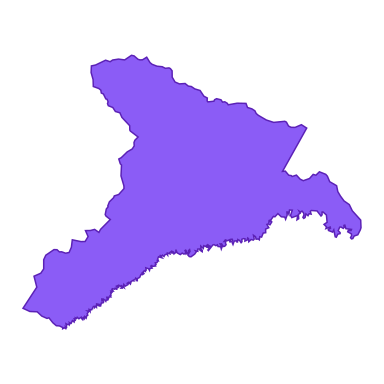 outline of Mariscal Ramon Castilla, Loreto, Peru
{"feature_id": "86281439B43857057528938", "entity_name": "Mariscal Ramon Castilla", "entity_type": "district", "adm_level": 2, "iso_a3": "PER", "parent_name": "Peru", "parent_adm1": "Loreto", "projection": "robinson", "projection_center": [-71.702, -3.973], "detail": "fine", "context": "isolated", "style": "filled", "palette": "violet", "viewbox_px": 384, "rotation_deg": 0, "n_neighbors": 0, "source": "geoboundaries", "source_scale": "gbopen_adm2", "svg_char_len": 6001}
<svg xmlns="http://www.w3.org/2000/svg" viewBox="0 0 384 384"><path d="M306.7,128.1L301.4,124.7L295.1,127.4L291.0,127.3L288.5,126.0L286.4,122.1L284.8,121.3L273.7,122.4L266.3,120.0L258.3,115.3L256.2,113.5L254.9,110.8L251.8,108.8L247.5,107.5L246.0,103.4L237.1,103.2L228.2,104.8L227.3,103.3L224.8,101.8L222.5,102.1L221.0,99.8L216.6,98.7L214.6,99.7L213.9,101.2L207.9,101.9L207.1,100.9L207.3,98.0L203.9,96.2L200.1,90.5L194.8,88.9L191.3,86.5L188.3,86.1L185.1,83.5L179.4,83.9L175.0,82.0L172.2,77.2L172.1,70.8L170.4,68.6L169.0,67.9L165.3,68.3L162.2,66.7L157.0,66.2L152.1,64.3L150.0,62.6L146.7,57.2L142.5,59.8L140.0,59.9L138.0,59.3L134.1,55.9L131.5,55.3L124.7,59.9L118.5,59.1L112.7,60.0L110.1,61.7L105.6,60.2L95.6,65.0L91.4,65.9L91.1,72.5L93.1,79.6L93.3,86.5L98.8,88.5L100.8,90.1L101.3,93.0L103.4,94.0L105.8,98.9L107.1,99.3L108.1,101.9L107.5,103.6L108.3,105.7L112.8,107.5L115.4,111.5L119.9,112.8L121.9,117.4L129.7,125.7L129.8,130.0L130.4,131.1L138.1,137.0L134.9,140.2L134.0,142.5L134.2,145.9L132.2,149.0L127.3,151.8L121.2,157.7L118.8,159.0L120.3,163.8L121.5,165.0L121.0,175.9L123.9,185.8L124.0,188.6L118.7,194.5L114.3,195.9L113.6,197.7L109.4,201.8L107.8,205.9L108.1,206.8L106.3,209.0L105.2,214.6L106.0,216.1L110.3,219.5L100.6,229.3L98.9,232.4L94.6,229.4L90.4,230.5L85.5,230.6L88.1,236.6L85.1,241.5L81.0,241.6L72.3,239.8L71.4,247.2L69.1,252.5L65.6,253.2L61.7,251.8L59.4,251.9L57.0,249.7L54.0,249.6L45.8,255.2L43.7,259.7L43.7,268.9L40.8,273.2L34.0,276.2L36.8,287.2L23.0,308.3L29.9,311.5L37.2,311.8L41.8,316.1L47.0,318.4L48.9,317.8L52.9,322.8L56.3,325.7L59.4,325.9L62.8,327.6L62.7,328.7L64.4,327.8L65.5,328.5L65.4,327.1L66.2,328.0L66.6,327.4L66.0,323.7L67.8,324.7L68.9,324.0L69.3,324.9L70.0,323.6L69.5,322.6L71.2,323.3L72.4,320.6L74.1,322.0L74.3,320.5L75.1,320.4L74.3,318.8L75.5,318.9L75.3,317.8L76.6,318.4L77.2,317.3L78.9,318.8L81.2,317.2L81.7,318.6L82.5,318.1L82.6,319.1L84.1,317.0L84.2,319.1L85.5,317.6L85.5,316.2L86.3,317.7L86.7,315.9L87.8,315.2L87.2,313.6L88.6,311.8L87.5,311.0L88.7,311.1L89.0,309.7L90.1,311.4L90.1,309.6L91.7,309.8L93.4,306.5L94.9,306.3L94.7,307.5L95.9,306.3L96.5,307.1L96.6,303.9L98.2,304.2L98.0,305.3L99.1,305.9L100.0,303.9L100.0,305.9L100.6,306.0L101.4,302.9L103.0,302.9L103.7,301.9L102.5,300.4L101.9,300.7L101.8,299.0L103.4,299.1L103.4,300.1L104.6,299.8L105.8,301.3L106.1,300.2L107.5,300.0L106.8,297.3L107.7,297.3L108.4,298.7L109.1,297.0L110.9,296.9L110.1,295.6L111.0,295.2L110.7,294.2L111.5,292.8L110.1,292.4L111.9,292.1L111.1,291.1L113.2,291.1L111.9,289.4L112.3,288.7L114.7,289.2L115.4,287.6L115.3,288.9L116.7,288.6L116.7,289.9L117.3,287.1L116.4,286.2L118.2,285.4L117.9,286.7L118.6,287.3L119.1,285.5L121.0,286.5L121.4,285.0L121.7,287.1L121.0,288.1L122.4,288.1L122.9,286.8L123.9,287.5L123.3,286.2L123.8,284.4L125.1,286.2L128.0,284.6L128.3,283.7L127.3,283.2L128.6,282.3L130.4,284.1L130.9,282.6L130.3,282.1L132.5,280.7L133.8,280.9L133.5,280.1L135.0,279.5L135.7,278.1L137.0,279.4L136.4,280.6L137.3,280.7L137.3,278.6L139.7,277.4L140.9,274.5L142.2,274.6L141.9,273.1L142.9,272.4L143.4,274.0L144.0,273.6L143.1,272.0L144.2,270.8L145.4,271.4L145.4,270.3L146.2,270.1L145.8,267.8L148.5,268.7L149.5,270.4L149.9,268.5L152.1,268.1L150.8,266.1L151.8,265.5L152.5,266.4L155.6,266.0L155.2,265.0L156.0,264.5L155.3,262.8L156.9,262.6L157.6,261.6L157.3,260.6L158.4,260.8L157.7,258.9L158.5,256.8L162.0,257.8L159.7,255.2L161.9,256.0L162.5,255.2L164.0,256.5L164.9,254.8L166.7,254.0L167.6,255.1L167.4,253.0L170.0,253.9L169.6,252.6L171.3,251.5L171.5,252.9L172.4,253.0L172.2,251.4L173.6,252.1L174.0,253.9L175.9,252.4L175.8,249.6L177.2,252.9L180.3,254.6L182.2,253.1L183.9,254.1L185.3,253.5L185.7,252.0L185.0,250.5L185.7,250.1L186.5,251.2L186.3,253.8L188.7,252.1L188.5,250.6L189.6,249.6L190.0,251.4L187.8,254.9L189.3,256.6L191.0,256.8L194.7,254.1L196.3,251.8L195.5,250.8L197.8,251.3L197.7,249.1L199.7,248.9L199.9,250.1L202.2,251.7L202.3,250.4L200.9,248.5L200.8,246.1L203.3,248.4L203.8,245.7L205.5,246.4L206.6,245.5L206.6,247.1L207.9,247.5L208.1,245.0L209.5,246.1L210.6,245.9L208.6,247.2L209.1,249.5L207.9,250.0L208.4,250.6L212.8,245.0L214.0,244.6L215.9,245.7L217.4,244.8L218.0,246.5L220.7,246.8L221.3,249.0L222.0,247.0L220.1,243.9L221.6,243.8L223.3,246.5L224.7,246.3L226.1,244.7L225.4,242.8L226.1,241.1L224.2,241.4L225.3,239.9L227.7,240.7L229.3,239.8L230.1,242.5L230.8,239.3L232.2,239.2L232.6,240.2L231.8,241.7L233.0,244.5L234.2,241.1L236.7,240.8L236.9,242.0L237.5,242.0L237.8,239.5L239.6,240.5L241.1,242.7L242.0,241.7L241.8,239.3L243.6,238.6L245.0,238.8L244.9,241.1L247.1,240.1L247.7,238.0L248.5,238.6L248.8,241.7L251.1,239.5L253.3,240.1L254.2,239.1L253.5,235.3L255.5,236.7L256.1,239.2L258.3,239.0L259.3,239.8L259.8,236.7L261.6,237.1L263.2,233.1L265.7,232.7L265.6,229.1L268.8,227.7L266.9,224.4L268.3,223.9L270.0,224.8L271.8,221.9L270.8,220.7L268.9,222.1L269.1,220.5L270.9,219.9L273.4,216.4L274.9,216.8L277.9,213.6L281.3,216.8L284.8,217.1L285.6,219.3L287.2,215.0L286.9,212.0L287.9,212.0L288.9,214.3L289.5,210.0L292.3,210.2L290.5,215.4L291.8,217.6L297.7,215.5L297.0,219.8L298.7,218.7L298.4,214.4L300.2,213.2L299.1,211.1L300.7,212.1L302.0,211.1L303.5,212.8L304.0,214.8L302.9,217.4L303.8,218.4L305.1,217.5L305.9,213.9L308.0,215.7L309.1,213.7L311.1,214.1L310.3,211.4L311.3,210.5L317.0,210.9L321.0,216.0L322.1,214.8L322.0,212.1L322.9,211.9L326.4,215.0L327.1,222.3L324.0,224.4L326.5,226.9L325.9,228.6L330.2,227.0L330.5,228.3L328.3,229.5L328.5,230.5L332.6,232.1L333.8,229.9L335.2,236.8L336.3,237.2L337.8,234.2L340.1,233.6L340.1,232.6L338.2,230.7L339.7,227.2L340.9,227.0L343.3,228.4L344.1,227.5L343.9,225.4L344.8,225.1L345.9,228.7L351.5,229.4L351.1,230.5L348.2,230.6L347.7,231.8L351.4,233.9L351.6,235.6L350.5,237.7L351.5,238.9L352.8,238.6L354.2,236.0L357.8,234.8L360.3,229.9L361.0,227.7L360.7,220.1L352.3,210.8L349.3,204.6L344.0,200.9L340.4,196.0L337.8,191.6L336.6,185.7L329.7,181.7L327.4,176.2L325.7,174.3L319.4,171.8L315.9,175.2L313.2,174.4L309.5,178.5L303.3,180.7L300.2,179.2L296.4,175.1L292.1,176.5L291.3,175.6L288.7,175.2L285.3,171.1L282.5,171.4L306.7,128.1Z" fill="#8b5cf6" stroke="#5b21b6" stroke-width="1.5"/></svg>